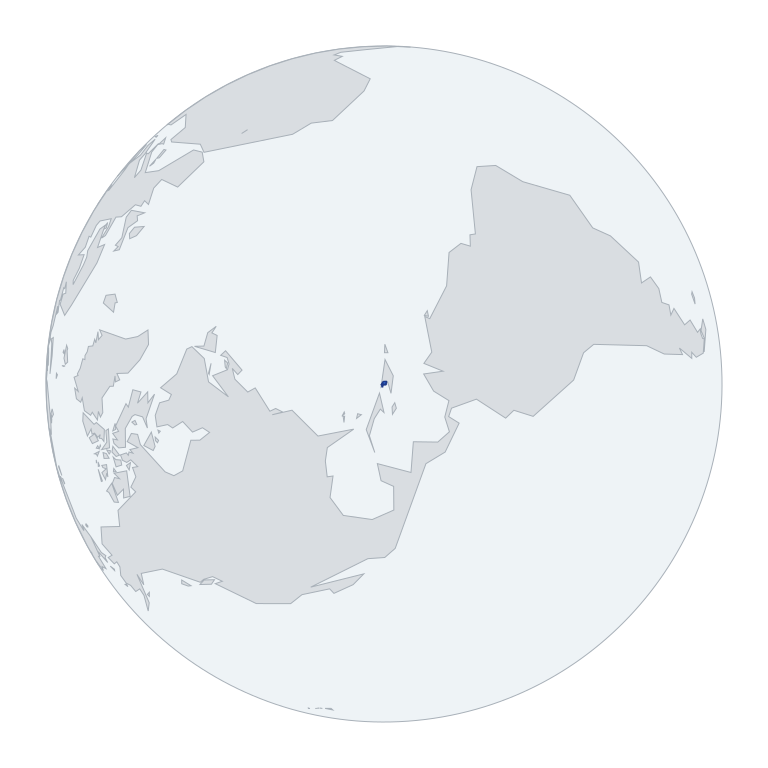 L'Artibonite on an orthographic globe, rotated 263°
{"feature_id": "HTI-1384", "entity_name": "L'Artibonite", "entity_type": "Department", "adm_level": 1, "iso_a3": "HTI", "parent_name": "Haiti", "parent_adm1": "", "projection": "orthographic", "projection_center": [-72.647, 19.338], "detail": "coarse", "context": "on_globe", "style": "filled", "palette": "blue", "viewbox_px": 768, "rotation_deg": 263, "n_neighbors": 0, "source": "natural_earth", "source_scale": "10m", "svg_char_len": 9837}
<svg xmlns="http://www.w3.org/2000/svg" viewBox="0 0 768 768"><g transform="rotate(263 384 384)"><circle cx="384" cy="384" r="338" fill="#eef3f6" stroke="#a8b0b8"/><path d="M351.8,448.1L343.8,444.2L336.0,453.8L309.0,436.4L299.8,415.9L219.5,375.1L211.7,363.6L212.6,346.7L191.3,286.5L198.0,340.8L188.6,328.9L182.3,308.8L187.3,305.1L184.9,276.9L177.4,264.6L181.6,230.5L206.4,192.2L207.9,199.5L213.7,190.4L212.1,181.2L209.6,177.5L227.3,141.5L225.6,120.0L213.9,121.1L225.2,115.6L195.5,124.3L187.4,122.3L203.5,120.0L210.4,116.6L208.3,112.3L215.0,108.0L217.8,103.9L226.0,99.4L234.7,99.6L240.1,97.1L238.4,94.4L245.4,89.1L247.2,93.2L259.7,84.7L276.6,85.7L274.8,104.3L291.0,104.6L307.2,124.4L312.5,120.2L322.1,126.4L331.8,124.2L332.0,129.5L339.6,123.4L337.5,119.1L340.1,115.2L345.7,113.8L347.0,119.9L344.4,121.5L347.6,122.6L345.9,126.4L349.9,123.8L350.8,132.0L358.1,122.1L365.7,127.2L364.0,133.3L353.5,134.8L323.5,156.0L318.6,164.3L322.3,173.6L351.7,185.4L350.7,194.4L357.2,205.0L362.7,198.5L359.6,188.1L371.3,179.6L366.1,168.9L370.1,164.3L369.1,153.4L380.7,153.1L392.7,159.0L394.2,168.4L399.5,171.7L407.5,161.8L419.3,179.5L442.7,192.5L444.5,197.9L431.2,208.7L407.5,210.1L390.2,228.0L413.1,214.9L417.2,230.3L422.8,232.7L429.4,231.5L432.4,225.4L436.3,230.8L415.1,244.8L411.2,240.0L418.0,235.3L406.9,236.6L392.6,247.8L395.8,255.7L370.9,267.4L372.9,273.5L368.5,280.1L367.1,269.3L369.2,289.5L340.4,312.1L342.9,348.5L327.8,320.0L314.7,316.4L298.8,316.3L298.9,322.2L277.9,316.6L258.5,327.6L250.9,355.8L257.7,378.4L281.2,381.1L288.4,369.3L305.8,367.7L292.9,400.0L323.1,406.1L319.8,430.3L328.6,443.1L343.8,440.3L359.6,446.4L370.9,432.4L389.1,424.6L389.5,444.2L399.6,426.1L409.8,435.3L446.0,432.7L443.3,437.4L473.8,458.1L506.6,464.6L514.2,477.5L510.3,486.5L521.6,487.5L521.8,493.0L566.2,494.1L588.4,502.8L587.3,521.5L567.9,546.4L548.7,591.4L513.5,610.2L503.4,626.8L474.0,651.5L452.9,651.9L457.8,661.5L445.2,668.4L431.1,669.7L427.8,676.5L417.4,677.1L423.7,681.0L406.1,689.6L410.2,695.6L397.1,701.5L400.2,704.6L395.5,704.6L390.4,705.8L389.7,707.4L375.7,704.6L372.5,697.2L378.0,693.3L371.9,692.6L383.7,681.6L376.8,683.9L379.6,665.8L390.0,649.4L397.8,597.0L390.7,585.9L364.8,572.7L333.7,528.1L342.1,509.7L335.3,500.6L357.7,473.9L351.8,448.1ZM66.7,293.5L69.2,286.0L68.5,291.9L66.7,293.5ZM70.3,280.6L69.5,283.3L70.1,280.9L70.3,280.6ZM70.4,278.4L70.3,280.0L70.1,278.9L70.4,278.4ZM70.2,276.3L70.4,277.1L70.3,277.3L70.2,276.3ZM340.9,360.8L375.5,378.4L355.7,380.5L359.5,377.3L350.8,370.1L334.4,363.2L317.1,366.5L340.9,360.8ZM70.9,270.9L71.2,269.4L71.7,269.4L70.9,270.9ZM356.8,341.0L350.7,339.6L356.7,339.5L356.8,341.0ZM207.4,176.9L211.4,181.6L210.4,191.9L206.3,188.3L207.4,176.9ZM210.4,158.9L214.1,159.3L207.3,167.9L207.3,165.0L210.4,158.9ZM204.0,123.5L205.9,125.7L201.8,125.2L204.0,123.5ZM216.8,104.1L214.1,105.1L216.7,102.6L216.8,104.1ZM362.7,154.5L365.8,154.0L364.4,156.2L362.7,154.5ZM359.3,150.4L355.5,153.4L353.3,152.0L355.7,150.2L359.3,150.4ZM231.6,93.9L236.6,90.1L233.0,93.9L231.6,93.9ZM364.6,147.2L349.9,149.2L346.1,146.8L352.2,138.1L364.6,147.2ZM240.5,88.0L252.5,79.9L247.6,81.0L268.2,74.4L251.2,82.9L247.5,87.0L245.6,86.0L240.5,88.0ZM334.5,118.4L336.9,122.8L329.7,120.6L334.5,118.4ZM329.2,118.0L303.4,118.3L302.6,111.7L311.4,112.6L306.1,105.8L318.4,102.2L324.0,105.2L322.2,110.0L328.3,105.2L329.2,118.0ZM277.7,72.6L281.9,71.0L279.2,72.8L277.7,72.6ZM340.6,113.5L335.5,113.8L334.4,108.0L344.5,106.3L341.6,108.7L340.6,113.5ZM298.8,106.0L299.7,101.8L309.9,97.7L311.6,95.6L318.6,101.6L298.8,106.0ZM344.7,109.3L349.6,105.7L355.2,107.3L345.6,112.8L344.7,109.3ZM329.8,107.4L329.8,104.7L333.1,105.5L329.8,107.4ZM377.7,112.3L371.6,112.2L370.5,109.1L377.7,112.3ZM351.1,104.3L349.1,103.7L348.0,102.7L352.3,100.8L351.1,104.3ZM325.3,98.6L329.4,98.0L323.0,95.9L330.4,93.2L333.7,97.9L335.3,94.8L337.6,94.0L337.8,98.8L325.3,98.6ZM353.3,95.8L360.1,101.8L371.7,102.3L373.0,105.0L354.1,103.8L353.3,95.8ZM344.2,97.1L350.2,96.8L348.8,99.9L343.8,102.1L344.2,97.1ZM334.2,89.9L322.0,92.7L321.7,91.6L334.2,89.9ZM357.0,95.2L355.3,93.9L358.0,94.9L357.0,95.2ZM341.5,90.7L337.2,91.7L337.0,90.4L341.5,90.7ZM355.4,90.6L357.6,92.3L354.3,93.7L355.4,90.6ZM349.3,90.1L350.0,88.1L351.8,93.1L347.4,90.7L349.3,90.1ZM342.0,89.3L340.4,88.9L343.8,89.1L342.0,89.3ZM366.6,84.9L369.8,90.8L362.5,93.6L360.4,87.3L366.6,84.9ZM399.0,710.1L376.8,705.7L389.3,707.8L398.4,705.2L409.8,708.3L399.0,710.1ZM425.4,702.5L435.7,700.3L438.0,701.0L431.5,702.7L425.4,702.5ZM645.4,169.8L650.7,177.6L641.8,168.1L625.1,147.4L622.5,144.6L645.4,169.8ZM609.1,132.0L608.5,131.5L597.0,121.6L606.6,130.2L609.5,132.4L615.6,138.3L613.4,136.8L609.4,133.0L609.9,134.6L628.8,153.5L633.7,157.8L640.8,170.1L649.7,178.9L654.9,186.7L641.7,174.9L636.0,168.6L619.2,161.4L625.9,168.8L642.2,176.6L641.2,177.9L650.3,189.7L642.5,181.7L622.9,172.8L623.2,186.4L639.5,223.5L636.3,231.8L626.5,232.3L604.6,203.2L614.1,188.3L606.5,179.3L590.9,172.1L595.1,168.7L590.0,164.4L592.2,159.1L582.0,143.8L582.3,138.3L565.3,125.6L563.2,121.4L573.8,129.8L581.3,133.4L580.4,122.0L576.5,117.8L565.5,110.9L566.6,109.3L556.2,104.2L549.3,96.4L548.9,102.1L536.0,95.7L524.8,88.2L520.5,87.5L538.7,100.1L546.1,104.4L552.5,106.2L572.4,120.9L575.5,126.5L554.4,116.3L556.5,123.7L539.1,113.8L500.5,83.5L491.0,75.4L502.6,72.3L512.3,76.4L512.9,79.2L524.2,81.2L517.6,78.7L518.6,77.9L506.5,73.0L506.6,72.2L494.9,69.2L493.6,67.8L501.1,69.7L482.1,62.7L476.1,59.8L471.8,58.6L468.9,58.3L463.1,55.7L460.1,55.0L460.9,55.5L455.6,54.9L443.9,53.1L442.5,52.2L446.6,52.7L453.0,53.3L462.4,55.3L485.4,61.7L507.9,69.6L529.8,79.2L551.0,90.2L571.3,102.8L590.7,116.7L609.1,132.0ZM455.5,53.7L452.3,53.1L444.5,52.3L437.9,51.6L440.2,51.3L438.9,51.3L435.1,50.7L430.1,49.6L427.0,49.9L387.8,48.7L374.2,47.7L380.7,46.7L351.9,48.4L338.9,49.2L339.6,49.4L326.3,51.7L330.2,51.3L329.6,51.7L297.1,60.0L288.5,62.1L275.4,68.0L275.7,68.4L281.4,67.0L268.2,74.4L247.6,81.0L247.8,79.6L234.7,85.5L237.1,82.0L232.9,82.7L243.1,77.0L239.7,78.4L249.2,74.2L253.2,73.0L251.7,73.1L258.1,70.4L260.9,69.3L284.3,61.1L308.2,54.7L332.5,50.0L357.1,47.2L381.8,46.1L406.5,46.8L431.2,49.4L455.5,53.7ZM715.1,451.4L717.3,439.4L718.1,406.8L718.5,381.6L716.7,374.6L714.3,382.5L711.3,374.2L709.0,377.4L688.6,407.5L677.3,399.9L651.8,365.0L651.8,343.6L643.0,323.7L635.9,233.6L644.4,230.9L650.1,202.7L652.6,202.3L662.8,218.0L675.7,220.4L667.1,204.2L668.2,201.1L667.5,200.1L679.8,220.6L690.6,241.8L699.8,263.8L707.5,286.4L713.6,309.4L718.0,332.8L720.8,356.5L721.9,380.3L721.3,404.2L719.1,427.9L715.1,451.4ZM650.0,273.2L653.0,279.4L653.0,279.5L650.0,273.2ZM447.2,432.4L451.5,435.9L445.8,436.4L447.2,432.4ZM352.9,388.7L360.2,389.2L364.1,392.4L358.4,393.3L352.9,388.7ZM415.0,388.3L423.4,389.7L414.6,391.7L415.0,388.3ZM381.0,380.6L408.2,388.0L391.0,394.2L373.9,389.8L385.7,387.9L381.0,380.6ZM353.2,352.6L357.7,354.2L356.3,357.8L353.2,352.6ZM361.1,341.1L359.3,341.4L357.0,338.3L361.1,341.1ZM418.5,229.4L420.3,228.5L427.0,228.7L423.9,231.4L418.5,229.4ZM456.4,215.3L461.7,224.5L455.7,219.4L452.5,224.3L435.8,220.4L444.5,200.5L443.6,209.9L456.4,215.3ZM416.0,211.1L425.6,214.9L414.8,211.6L416.0,211.1ZM559.2,149.3L564.4,149.6L570.0,155.5L569.6,165.1L561.4,156.4L559.2,149.3ZM570.4,148.9L549.5,137.6L548.9,132.0L552.8,136.9L554.5,134.3L561.1,141.6L581.0,148.5L587.2,154.4L583.1,167.3L581.0,159.5L576.1,159.3L570.4,148.9ZM497.3,127.0L488.2,124.3L498.6,115.3L505.9,118.9L506.0,128.0L497.4,129.2L497.3,127.0ZM378.2,132.4L374.0,133.7L373.7,131.8L376.9,129.1L378.2,132.4ZM375.0,112.5L395.9,125.5L392.2,127.4L408.9,134.0L405.7,141.8L395.0,137.0L405.0,148.5L394.1,147.4L401.9,155.0L378.5,143.6L369.1,143.8L380.8,140.4L384.0,133.1L382.5,130.0L371.4,121.8L352.7,119.7L352.9,112.9L358.0,108.7L362.5,108.2L361.0,112.6L368.1,108.7L369.3,114.8L375.0,112.5ZM417.6,76.5L413.9,79.6L428.5,77.2L429.8,81.4L431.4,80.9L436.6,84.4L445.7,88.1L444.7,90.1L448.7,90.7L452.2,93.4L457.3,95.2L457.3,99.6L463.6,102.3L460.0,103.0L470.8,106.5L462.8,106.0L466.6,110.1L472.4,108.4L460.1,133.0L461.1,145.3L466.4,156.3L451.9,155.1L437.8,144.7L426.0,131.2L427.0,120.2L420.3,122.2L418.8,117.7L424.8,118.0L414.8,115.1L415.1,111.6L404.5,102.4L389.9,101.4L385.7,98.5L391.6,97.2L383.2,95.2L391.5,91.0L388.7,89.0L394.0,83.4L407.1,82.8L402.9,80.7L406.8,76.9L417.6,76.5ZM368.5,83.3L383.9,80.5L392.1,81.9L379.3,91.3L380.8,93.8L372.9,100.9L361.1,99.0L364.4,97.1L364.9,94.8L368.4,96.2L366.0,93.4L370.5,90.8L369.9,88.1L375.0,87.8L368.5,83.3ZM648.9,194.5L649.6,193.1L649.3,189.5L655.0,197.3L648.9,194.5ZM635.9,188.5L635.7,185.9L643.6,194.2L642.8,196.1L635.9,188.5ZM628.7,177.8L635.0,185.1L631.2,182.3L628.7,177.8ZM572.8,127.4L571.7,124.7L574.2,126.0L578.0,129.4L572.8,127.4ZM461.1,73.7L457.7,74.4L455.7,73.5L444.3,72.7L442.4,70.1L448.6,69.5L461.1,73.7ZM656.7,187.9L657.5,187.0L658.3,190.0L656.7,187.9ZM457.2,70.6L452.7,70.4L454.5,69.3L457.2,70.6ZM440.4,68.2L441.5,66.6L440.8,69.7L440.4,68.2ZM434.8,53.7L452.8,57.1L464.6,59.2L469.2,59.2L470.4,61.4L452.3,58.0L434.8,53.7ZM393.7,49.0L389.7,50.0L386.3,49.4L386.7,49.1L393.7,49.0ZM395.0,49.8L399.8,51.6L394.2,52.2L391.5,50.5L395.0,49.8ZM429.2,59.2L434.6,60.2L433.0,61.0L429.2,59.2ZM280.3,70.8L281.7,71.0L278.1,71.9L280.3,70.8ZM332.0,51.5L330.5,52.1L326.3,52.7L332.0,51.5ZM324.0,54.6L329.9,53.4L324.3,55.0L324.0,54.6ZM342.8,51.2L332.4,53.1L341.5,50.9L342.8,51.2Z" fill="#d9dde1" stroke="#a8b0b8" stroke-width="1"/><path d="M383.7,386.3L383.1,385.7L383.7,385.3L383.4,385.0L383.1,384.6L383.3,384.3L383.6,384.3L383.5,384.1L383.3,384.0L383.3,383.7L383.5,383.8L383.6,383.7L383.8,383.6L383.7,383.4L383.4,383.3L383.1,383.0L382.0,382.4L381.4,382.3L381.4,381.9L381.7,381.7L382.6,381.8L383.0,381.7L383.3,381.4L383.7,381.2L383.8,381.2L384.0,381.6L384.3,381.7L384.2,381.9L384.4,382.0L384.6,382.5L385.1,382.9L385.5,382.6L385.8,382.7L385.8,383.0L386.2,383.3L386.3,383.5L386.3,383.9L386.5,384.2L386.2,384.6L386.2,385.0L386.4,385.1L386.3,386.3L386.2,386.7L385.6,386.8L384.9,386.2L383.8,386.2L383.7,386.3Z" fill="#3b82f6" stroke="#1e3a8a" stroke-width="1.5"/></g></svg>